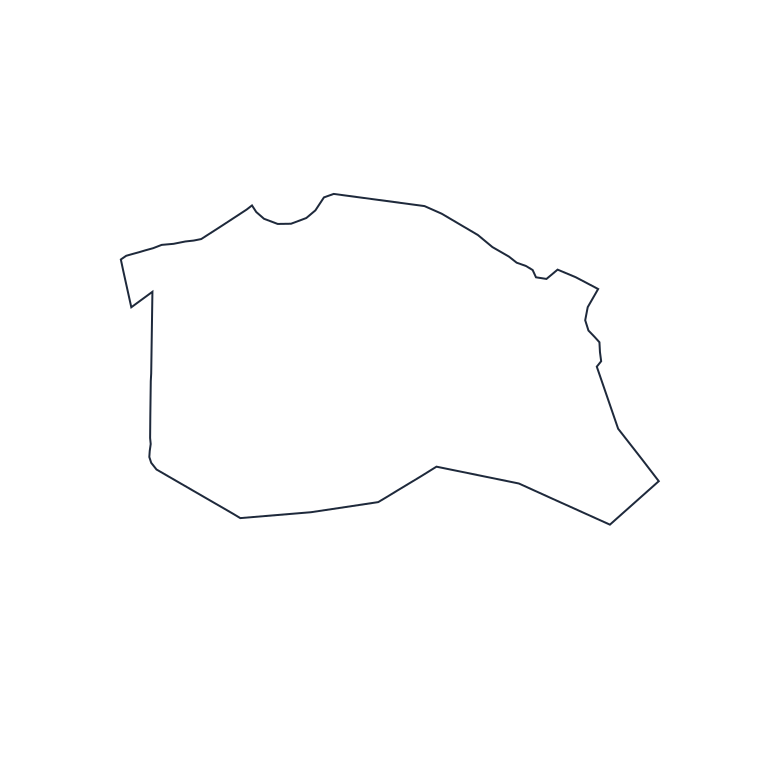 Cocal dos Alves, Piauí, Brazil, rotated 293°
{"feature_id": "56859067B52920655521033", "entity_name": "Cocal dos Alves", "entity_type": "district", "adm_level": 2, "iso_a3": "BRA", "parent_name": "Brazil", "parent_adm1": "Piauí", "projection": "equal_earth", "projection_center": [-41.408, -3.638], "detail": "fine", "context": "isolated", "style": "outline", "palette": "slate", "viewbox_px": 768, "rotation_deg": 293, "n_neighbors": 0, "source": "geoboundaries", "source_scale": "gbopen_adm2", "svg_char_len": 1015}
<svg xmlns="http://www.w3.org/2000/svg" viewBox="0 0 768 768"><g transform="rotate(293 384 384)"><path d="M204.4,304.1L237.4,366.8L273.0,424.8L280.5,430.3L291.4,438.1L313.2,453.9L328.4,464.6L345.1,547.0L344.2,583.9L342.8,646.9L401.9,674.9L415.1,651.6L434.3,617.0L483.1,573.1L489.8,575.0L497.8,570.3L506.6,566.0L509.7,559.3L513.1,551.3L521.3,544.3L534.3,541.5L555.1,544.0L557.2,518.8L557.1,499.1L544.2,492.5L541.6,482.2L547.0,476.3L548.1,468.5L547.5,458.7L550.1,449.2L552.4,430.3L557.8,412.3L560.6,391.1L563.3,370.6L563.6,351.8L539.3,263.4L532.3,255.8L517.0,253.0L506.4,247.6L495.2,235.8L489.8,223.6L489.2,209.0L492.4,199.2L496.8,192.7L490.9,189.4L467.0,173.4L446.0,159.1L441.7,152.8L437.6,145.5L430.8,135.5L425.2,125.0L418.8,118.4L413.8,112.1L409.5,106.9L405.4,101.7L401.3,96.6L395.8,93.1L386.8,99.4L355.9,121.4L378.4,134.8L302.7,165.6L295.5,168.2L263.7,181.2L242.9,189.8L237.6,192.7L230.9,194.5L225.1,196.5L220.5,200.5L216.4,208.0L205.6,295.6L204.4,304.1Z" fill="none" stroke="#1e293b" stroke-width="2"/></g></svg>